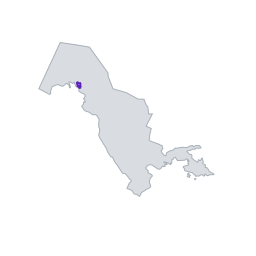 location of Kanlikul, Karakalpakstan, Uzbekistan, rotated 24°
{"feature_id": "79887680B11359237520420", "entity_name": "Kanlikul", "entity_type": "district", "adm_level": 2, "iso_a3": "UZB", "parent_name": "Uzbekistan", "parent_adm1": "Karakalpakstan", "projection": "robinson", "projection_center": [59.048, 42.737], "detail": "fine", "context": "in_parent", "style": "filled", "palette": "violet", "viewbox_px": 256, "rotation_deg": 24, "n_neighbors": 0, "source": "geoboundaries", "source_scale": "gbopen_adm2", "svg_char_len": 4493}
<svg xmlns="http://www.w3.org/2000/svg" viewBox="0 0 256 256"><g transform="rotate(24 128 128)"><path d="M196.9,116.6L200.4,115.0L202.5,116.1L202.7,116.7L200.5,117.9L198.6,118.5L198.1,120.0L196.2,120.7L194.3,122.8L191.3,124.9L191.3,125.3L191.6,125.7L192.6,125.9L194.7,127.1L196.6,126.5L197.1,126.6L197.7,127.3L198.3,129.2L199.2,129.7L202.1,130.7L204.3,130.7L205.3,131.1L205.5,130.9L205.5,128.1L206.4,128.6L207.4,128.2L207.7,126.8L207.4,125.9L208.1,125.3L208.5,125.7L208.6,126.5L209.6,127.1L210.5,128.5L210.8,130.1L212.8,130.5L213.5,130.2L214.0,130.4L214.4,132.5L214.7,132.6L216.4,132.2L218.1,133.1L219.9,134.6L221.9,134.7L222.3,135.0L223.7,134.8L225.3,135.2L225.4,135.5L225.1,135.8L221.4,137.7L220.4,139.0L219.6,139.4L217.2,138.7L216.9,139.5L217.4,140.3L216.9,141.1L215.7,140.8L215.4,140.4L214.3,140.6L213.0,142.0L212.4,143.1L211.2,143.4L209.5,144.6L208.7,143.7L207.5,143.8L205.8,142.9L205.0,142.7L197.6,143.9L197.0,143.7L196.2,142.2L194.3,141.4L194.3,140.6L198.0,137.4L198.3,136.4L197.0,135.9L197.2,135.1L194.6,132.5L194.2,132.3L193.8,132.4L193.0,134.3L186.6,137.6L185.6,137.3L184.1,136.1L183.1,135.6L182.0,136.7L182.1,137.9L180.9,138.8L182.2,142.1L182.1,142.6L181.2,142.7L181.9,143.9L181.4,144.1L178.2,143.6L174.6,144.4L174.7,144.9L178.0,144.8L178.5,145.0L178.5,145.4L178.4,145.7L176.7,146.0L176.5,146.5L177.5,148.0L177.1,148.3L176.4,148.0L176.0,149.0L174.9,148.9L174.4,151.8L173.5,152.8L172.3,153.3L164.5,152.0L162.5,152.9L161.2,154.2L160.4,157.3L160.5,157.6L163.9,158.8L164.5,160.7L168.5,160.9L169.2,161.2L169.5,161.7L169.7,162.2L168.7,165.3L169.2,168.0L169.9,169.3L172.4,171.7L172.3,173.0L171.8,174.2L171.2,175.2L170.5,175.6L169.5,176.9L168.7,178.5L167.1,180.6L166.5,181.8L166.5,185.2L166.0,186.2L166.0,185.8L165.3,185.4L163.6,185.3L163.2,184.9L161.0,185.7L159.5,185.3L158.0,183.9L155.2,183.4L151.7,183.7L151.5,180.2L151.6,177.6L152.7,175.6L152.6,175.2L152.0,174.5L149.9,173.9L147.3,172.3L145.0,171.2L143.7,170.9L142.2,171.5L140.9,171.3L134.6,167.1L129.3,164.1L125.7,161.0L124.0,161.3L119.4,158.4L116.4,155.4L106.5,148.7L104.6,147.0L104.1,146.2L103.3,142.1L102.4,140.2L101.1,139.2L100.0,137.2L98.3,132.4L97.8,131.5L94.8,129.5L93.1,129.0L91.9,129.3L91.2,130.1L90.3,130.2L86.0,129.4L81.3,129.8L77.2,127.3L76.9,126.9L76.9,126.2L77.7,124.6L77.5,123.9L77.0,123.1L77.0,122.3L77.4,121.8L78.1,122.0L78.4,121.7L78.3,121.3L77.3,120.3L75.5,119.3L75.8,118.7L75.9,117.1L76.2,116.3L75.9,116.0L74.5,114.9L69.9,114.8L68.8,114.5L68.0,114.0L67.1,112.3L66.6,111.9L63.5,111.2L60.2,108.2L59.6,109.5L59.0,109.8L56.5,109.4L55.3,110.3L58.3,113.3L58.9,114.3L58.9,114.8L58.0,114.9L57.3,113.4L56.8,113.0L53.9,112.2L53.0,113.2L52.7,114.3L51.5,116.3L50.0,116.7L46.6,116.8L45.6,117.3L44.9,117.8L43.5,119.6L41.8,121.0L42.4,126.6L43.5,128.0L42.4,129.2L30.6,128.4L31.3,77.5L48.0,72.8L59.9,69.8L87.2,85.8L87.8,86.4L88.2,87.8L88.9,88.9L98.3,98.3L111.9,96.4L125.7,97.5L130.8,95.2L135.0,99.3L137.6,100.8L141.2,106.8L144.5,105.2L144.2,112.4L143.9,114.6L143.9,118.9L149.4,119.0L150.8,126.0L152.2,130.3L153.4,130.9L163.8,130.2L164.6,130.6L166.1,130.1L167.1,131.5L168.2,132.4L167.6,135.5L168.9,136.7L171.9,138.1L173.7,138.1L174.0,137.5L173.9,136.8L173.4,136.1L173.4,135.2L173.6,134.5L175.3,132.2L178.0,130.0L178.6,129.2L178.8,127.7L179.8,126.9L182.2,126.0L182.5,125.3L185.4,123.5L188.7,122.4L190.2,121.5L191.5,119.7L193.6,117.9L194.4,117.9L195.0,118.4L195.5,118.5L196.9,116.6ZM197.1,133.7L196.7,132.8L196.1,132.5L195.9,132.6L196.7,133.7L197.1,133.7ZM204.2,148.2L201.9,148.2L202.2,146.8L201.4,146.1L201.2,145.5L201.4,144.8L201.9,144.6L202.6,145.6L204.3,146.0L203.8,147.0L204.3,148.0L204.2,148.2ZM210.7,146.8L210.4,148.0L209.4,147.4L209.5,147.1L210.7,146.8Z" fill="#d9dde1" stroke="#a8b0b8" stroke-width="1"/><path d="M63.0,108.1L63.4,108.2L63.5,108.5L63.8,108.9L63.9,109.2L64.1,109.4L64.3,109.6L64.6,109.6L64.8,109.9L64.8,110.1L64.9,110.3L64.9,110.5L65.2,110.5L65.3,110.4L65.6,110.5L65.6,110.2L65.4,110.1L65.4,109.8L65.7,109.7L66.0,109.9L66.3,110.0L66.6,110.5L66.9,110.8L67.2,111.2L67.5,111.3L67.8,111.2L67.9,110.9L68.2,110.6L68.0,110.4L68.0,110.0L68.1,109.4L68.0,109.2L67.8,108.9L67.6,108.8L67.3,109.1L67.0,108.9L66.8,108.6L66.8,108.4L67.1,108.1L67.2,107.8L67.1,107.7L66.9,107.6L66.8,107.4L66.5,107.1L66.5,106.9L66.6,106.5L66.2,106.2L65.3,106.8L65.2,106.7L64.9,106.7L64.8,106.8L64.6,106.8L64.4,107.0L64.2,106.9L64.2,106.7L63.7,106.7L63.5,106.9L63.3,106.6L63.2,106.7L63.2,106.9L63.4,107.1L63.2,107.1L63.3,107.4L63.0,107.3L62.8,107.4L62.8,107.6L63.0,107.8L63.0,108.1Z" fill="#8b5cf6" stroke="#5b21b6" stroke-width="1.5"/></g></svg>